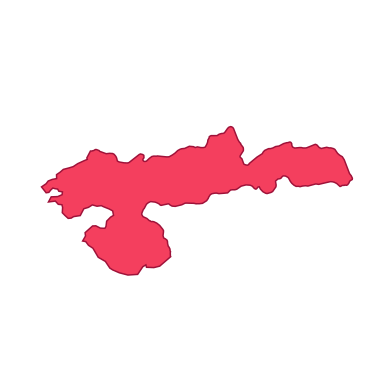 Bostanlik, Tashkent, Uzbekistan (Natural Earth projection), rotated 29°
{"feature_id": "79887680B98166747305726", "entity_name": "Bostanlik", "entity_type": "district", "adm_level": 2, "iso_a3": "UZB", "parent_name": "Uzbekistan", "parent_adm1": "Tashkent", "projection": "natural_earth1", "projection_center": [70.388, 41.744], "detail": "fine", "context": "isolated", "style": "filled", "palette": "rose", "viewbox_px": 384, "rotation_deg": 29, "n_neighbors": 0, "source": "geoboundaries", "source_scale": "gbopen_adm2", "svg_char_len": 3948}
<svg xmlns="http://www.w3.org/2000/svg" viewBox="0 0 384 384"><g transform="rotate(29 192 192)"><path d="M204.7,258.9L204.3,258.7L202.6,255.9L202.0,254.4L201.4,254.1L200.4,252.6L198.7,251.4L197.5,250.9L197.1,250.5L195.8,249.1L194.4,247.0L193.4,246.2L191.5,245.9L189.5,245.9L187.8,244.2L186.4,240.7L185.7,239.5L184.3,238.7L179.9,236.9L176.3,236.3L173.0,236.5L171.6,237.0L171.3,237.4L170.0,237.7L169.4,237.5L168.5,237.7L165.3,237.0L161.1,237.3L159.0,236.1L158.4,234.9L157.9,230.9L158.2,229.5L158.1,224.7L159.1,222.3L160.5,220.4L164.7,218.7L167.1,218.4L169.2,218.4L170.5,218.8L171.4,218.7L177.0,213.8L177.9,213.7L179.2,214.0L181.4,214.0L184.3,212.7L189.3,208.1L191.3,205.2L192.3,204.5L199.3,200.9L201.1,200.4L204.1,198.7L206.7,196.8L209.0,192.6L209.3,189.9L209.1,188.2L209.3,185.6L210.1,184.0L212.2,182.2L213.9,181.1L216.3,180.4L220.1,177.9L223.6,175.5L224.7,171.7L226.0,170.6L228.5,169.2L229.8,167.9L232.2,163.0L235.8,159.6L239.7,157.8L241.9,157.7L244.9,158.7L246.3,158.6L246.9,158.0L247.4,155.5L248.2,154.8L250.4,156.3L253.9,157.4L256.9,157.4L258.4,157.0L261.3,154.1L262.3,152.5L262.9,146.8L262.2,145.1L260.1,142.5L259.8,141.7L260.9,138.9L262.5,137.7L263.1,136.8L263.5,134.5L264.1,133.6L266.1,132.7L268.8,132.7L269.7,133.0L273.0,135.1L275.1,136.0L277.8,136.6L280.3,136.6L282.6,135.3L283.9,135.0L285.8,133.2L288.2,131.5L290.5,130.6L296.4,124.9L299.1,123.9L305.4,118.2L308.1,115.8L309.8,115.0L311.7,114.5L314.5,114.4L318.7,115.4L319.3,115.0L320.1,113.5L322.2,112.2L322.4,111.8L323.9,111.2L324.6,110.3L324.9,107.9L324.7,106.7L324.9,105.4L326.1,103.4L325.6,102.2L323.4,100.6L320.8,99.5L309.5,90.0L306.4,88.3L303.2,88.2L300.5,87.6L296.4,85.5L294.9,85.4L292.0,86.1L290.9,86.8L288.1,87.6L283.9,91.3L281.6,91.4L278.5,90.3L277.0,90.4L276.2,91.1L274.7,93.0L271.2,97.3L271.1,97.5L269.9,98.5L267.7,99.7L266.1,100.1L264.5,101.0L260.5,103.8L258.2,103.9L256.8,102.9L255.7,101.3L254.6,100.7L253.8,100.7L252.9,101.2L252.1,102.2L250.9,103.0L248.6,105.3L245.8,109.6L243.1,111.7L241.2,114.5L239.6,116.0L237.9,117.0L235.4,120.4L234.9,122.4L234.9,124.4L231.9,130.0L228.2,139.5L228.4,140.1L227.6,141.6L227.0,141.9L225.1,142.4L223.7,142.4L219.6,138.8L217.1,138.1L216.6,137.3L216.6,136.1L216.9,131.0L216.1,129.4L215.1,128.2L211.3,126.5L211.0,125.9L209.4,125.5L206.5,123.8L197.5,116.3L196.3,115.8L195.0,115.8L193.9,116.2L192.7,117.7L192.3,119.2L191.7,124.4L190.9,125.6L189.5,126.5L187.7,128.3L186.6,130.5L181.3,133.5L180.3,135.1L180.7,136.5L180.7,137.9L180.7,138.8L181.5,140.9L181.8,143.1L181.8,145.7L181.6,146.6L180.2,147.8L178.1,148.9L174.9,149.9L173.2,151.6L171.4,151.6L167.5,153.3L164.5,157.4L162.2,159.0L160.9,160.3L159.4,162.7L158.3,166.2L156.9,169.1L154.9,172.3L153.0,173.5L144.2,177.3L143.4,178.0L141.2,179.1L139.7,180.4L138.4,183.2L137.2,187.1L136.1,188.1L135.0,188.5L133.8,188.1L133.2,187.2L133.4,185.4L132.1,183.3L130.8,183.1L128.5,183.7L127.7,184.7L122.6,196.8L121.5,197.9L118.5,199.4L113.9,201.0L112.2,201.1L111.6,201.0L109.7,198.9L108.2,197.8L105.7,196.8L104.0,196.8L101.2,198.1L98.4,200.1L91.5,201.2L90.7,200.8L87.8,201.2L86.8,201.8L86.1,203.2L84.3,204.9L83.3,205.4L83.5,213.2L84.6,214.2L82.2,217.3L78.3,222.6L75.8,227.4L72.6,230.7L68.5,234.6L67.0,238.7L65.1,242.5L67.1,245.9L63.7,248.7L60.9,252.1L60.4,255.5L57.9,260.5L64.8,263.4L67.0,261.7L67.5,258.7L68.4,256.0L70.3,255.6L73.1,254.6L75.2,255.9L78.6,254.7L79.7,257.3L76.8,261.1L71.2,264.5L71.3,270.3L76.9,266.2L81.0,267.6L84.4,266.2L86.3,268.2L88.6,273.0L92.2,274.1L96.5,275.1L99.0,273.4L100.4,270.9L105.7,266.8L105.5,259.1L108.9,255.6L111.1,251.6L115.8,250.5L119.3,247.9L121.5,247.8L127.9,247.0L131.8,247.0L134.7,250.5L133.0,253.4L131.5,258.9L133.5,263.9L133.4,266.0L129.4,268.0L124.3,268.2L121.5,269.9L118.2,279.4L120.2,282.1L120.1,287.9L123.1,286.9L127.3,288.8L132.6,289.2L137.0,291.8L141.7,294.6L149.9,294.7L157.1,298.4L160.5,298.6L167.6,297.9L176.2,295.7L184.4,290.4L185.2,281.2L187.0,278.1L188.7,279.9L195.3,276.6L199.7,272.5L204.7,258.9Z" fill="#f43f5e" stroke="#9f1239" stroke-width="1.5"/></g></svg>